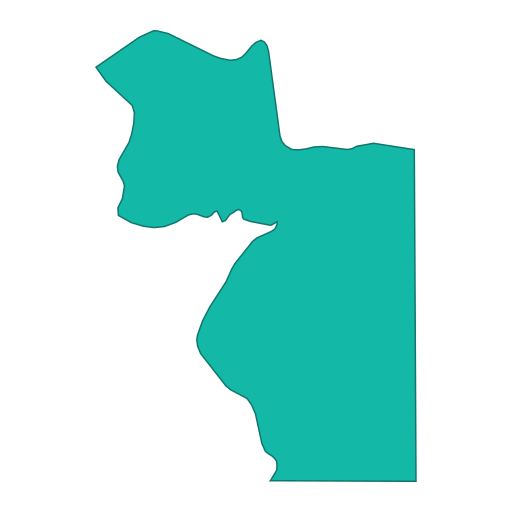 Wele-Nzás, Natural Earth projection
{"feature_id": "GNQ-1471", "entity_name": "Wele-Nzás", "entity_type": "Province", "adm_level": 1, "iso_a3": "GNQ", "parent_name": "Equatorial Guinea", "parent_adm1": "", "projection": "natural_earth1", "projection_center": [10.876, 1.497], "detail": "fine", "context": "isolated", "style": "filled", "palette": "teal", "viewbox_px": 512, "rotation_deg": 0, "n_neighbors": 0, "source": "natural_earth", "source_scale": "10m", "svg_char_len": 1409}
<svg xmlns="http://www.w3.org/2000/svg" viewBox="0 0 512 512"><path d="M414.3,149.6L414.8,244.3L415.4,362.8L416.0,481.3L299.0,480.8L270.4,480.7L270.5,480.6L271.2,479.4L276.7,470.3L277.0,466.3L276.7,461.4L274.5,458.2L271.7,455.7L268.5,453.8L265.4,451.4L261.9,443.5L255.5,413.9L251.5,404.7L247.0,398.4L230.8,389.9L226.0,386.0L200.6,353.5L197.7,346.3L196.8,340.1L197.5,335.2L202.5,321.0L209.9,306.8L226.1,281.7L231.8,269.0L234.9,263.6L252.5,241.5L256.9,237.9L270.8,231.7L274.7,229.3L277.1,224.5L277.1,221.8L273.4,223.9L271.9,224.9L270.0,225.2L250.2,221.4L243.9,219.2L242.7,217.8L242.0,213.0L241.2,210.9L238.6,209.4L235.9,210.6L233.0,212.7L230.1,214.2L225.4,220.5L222.3,221.8L217.1,211.0L214.5,211.9L211.3,215.3L207.5,217.3L203.7,216.7L196.9,214.2L193.2,213.8L188.6,214.9L175.7,222.4L164.5,226.5L154.1,227.6L143.4,226.2L131.3,222.6L118.4,215.4L117.9,207.9L122.4,198.6L124.5,185.9L123.0,180.9L118.1,172.2L117.4,166.3L119.0,159.8L129.0,142.5L131.6,134.2L133.8,123.4L134.4,112.9L132.3,105.5L106.0,81.2L96.0,67.2L139.6,37.1L153.7,30.7L157.5,31.0L168.3,33.6L213.1,55.7L219.9,58.2L229.9,60.3L236.3,59.6L241.6,57.3L245.4,53.8L251.6,46.2L255.5,42.7L260.8,40.3L264.2,41.8L266.9,45.5L268.6,51.6L280.0,136.1L282.0,141.7L285.3,145.6L291.9,149.5L298.4,149.9L306.1,148.9L313.9,147.0L322.5,146.5L347.4,149.5L352.1,148.7L356.6,146.3L373.6,143.3L414.2,149.6L414.3,149.6Z" fill="#14b8a6" stroke="#0f766e" stroke-width="1.5"/></svg>